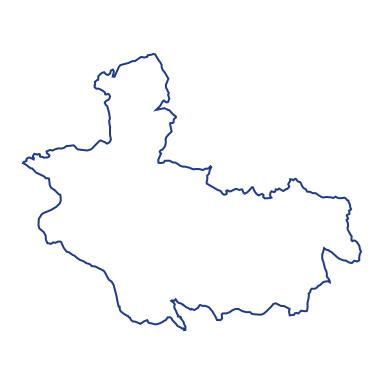 Hopang, Shan, Myanmar
{"feature_id": "60261553B42594704122339", "entity_name": "Hopang", "entity_type": "district", "adm_level": 2, "iso_a3": "MMR", "parent_name": "Myanmar", "parent_adm1": "Shan", "projection": "natural_earth1", "projection_center": [98.938, 23.1], "detail": "fine", "context": "isolated", "style": "outline", "palette": "blue", "viewbox_px": 384, "rotation_deg": 0, "n_neighbors": 0, "source": "geoboundaries", "source_scale": "gbopen_adm2", "svg_char_len": 5956}
<svg xmlns="http://www.w3.org/2000/svg" viewBox="0 0 384 384"><path d="M289.7,315.3L294.0,314.9L294.6,313.5L296.3,312.9L298.4,313.5L301.1,310.7L304.9,311.2L306.8,311.1L307.3,309.5L307.6,306.9L307.5,302.7L308.4,299.2L308.9,295.7L308.7,293.5L310.2,292.2L310.4,290.5L311.7,288.7L313.4,288.8L315.4,288.5L316.9,287.6L318.4,285.7L320.0,285.2L323.0,282.3L324.8,281.6L328.0,281.2L329.8,282.3L329.7,281.1L329.1,279.5L326.7,276.4L326.9,274.4L326.4,271.2L325.0,268.6L323.6,262.7L322.2,258.5L322.3,253.9L323.1,252.4L324.1,248.1L326.4,249.8L328.3,250.1L329.7,251.3L331.3,251.9L336.7,256.8L339.4,258.8L344.1,260.6L345.5,260.4L348.9,262.4L351.4,263.0L352.3,262.8L354.2,260.8L355.3,260.9L356.5,261.4L357.9,261.2L359.3,260.3L359.2,257.4L359.8,254.1L361.0,251.5L359.9,249.2L359.5,246.4L358.0,243.7L356.6,241.8L354.7,240.5L353.7,240.5L352.3,241.1L351.4,240.1L351.7,236.3L350.5,234.7L347.7,229.5L347.5,227.4L348.1,226.6L348.1,224.9L347.7,222.4L346.7,220.5L346.6,219.7L347.6,219.3L348.1,218.4L346.7,215.7L347.3,214.7L349.3,214.1L349.4,212.2L349.0,210.6L350.3,210.1L351.1,209.0L350.4,207.9L349.9,204.6L348.7,202.0L348.5,200.6L347.1,200.1L345.8,198.5L344.3,197.7L341.6,198.2L338.1,198.1L335.6,196.7L333.3,198.0L331.3,197.4L326.3,197.0L322.6,197.5L318.9,195.5L315.9,193.3L312.6,193.1L310.0,191.8L307.2,191.7L305.9,189.4L303.4,187.9L301.9,185.7L301.0,183.3L299.9,182.0L298.4,181.8L297.1,180.6L296.0,179.0L295.1,178.8L293.3,180.3L291.8,179.4L290.2,179.2L290.1,180.9L288.2,184.2L289.3,186.7L287.5,188.7L285.8,189.2L284.4,190.4L283.2,191.0L279.0,188.6L277.8,189.7L275.8,189.4L275.1,191.6L273.9,192.1L271.5,191.3L270.6,192.5L270.1,194.3L270.3,196.3L271.4,197.6L269.8,198.1L264.8,198.4L263.2,196.9L263.5,195.0L262.2,193.9L258.9,195.3L257.0,194.4L255.2,192.2L254.0,190.1L253.0,187.4L252.0,187.2L248.7,191.0L247.0,192.5L244.5,193.7L243.5,192.6L242.2,189.5L241.2,189.4L239.6,190.0L235.9,188.8L230.7,191.3L229.4,191.5L228.5,190.7L227.0,190.3L226.2,191.2L226.8,192.4L226.5,194.1L224.1,194.8L222.6,193.7L220.4,190.8L218.1,190.2L206.8,183.6L206.6,182.5L207.4,178.6L207.2,175.7L209.0,173.7L209.7,170.3L211.3,167.1L210.4,166.3L209.0,167.9L207.8,168.7L205.5,168.7L203.0,170.0L199.5,169.1L196.3,169.0L193.2,169.3L189.3,167.7L185.6,166.7L182.5,166.6L179.6,165.4L177.6,163.8L175.3,162.6L172.7,162.4L169.7,160.7L164.8,160.8L163.7,162.5L162.6,162.8L160.0,163.0L158.4,162.7L158.3,159.7L161.1,153.4L159.9,152.5L159.7,151.5L160.6,150.4L163.0,149.2L164.6,146.8L165.5,144.6L165.8,142.5L165.6,139.2L166.2,137.4L168.1,135.0L171.6,131.5L170.2,124.6L170.3,123.1L172.3,123.0L173.5,122.5L173.7,120.0L174.4,118.6L176.0,117.3L175.7,116.2L173.9,115.1L171.5,112.8L169.4,110.3L168.2,110.0L164.5,108.2L156.1,109.9L160.4,105.6L162.1,102.4L163.3,100.7L164.2,100.6L165.6,102.0L166.8,102.4L168.1,101.9L169.3,98.7L168.1,94.6L168.8,93.1L165.9,87.3L166.0,84.6L168.4,78.7L164.9,72.7L162.8,70.1L161.7,67.5L161.6,64.8L160.2,62.3L158.2,59.6L155.2,54.5L153.6,53.9L151.4,54.7L147.7,55.3L147.3,56.8L144.2,57.5L141.2,56.9L134.9,61.1L132.2,61.2L128.4,63.0L120.4,65.1L118.8,67.1L114.5,76.8L112.7,76.6L113.9,71.7L113.0,69.6L110.9,70.5L110.1,73.5L108.0,75.0L106.2,74.4L104.1,72.2L102.0,72.9L100.1,74.3L98.3,76.4L98.3,78.9L98.1,79.8L97.4,79.8L94.9,81.9L95.2,83.4L94.8,84.4L95.0,85.2L94.5,85.7L94.7,87.3L96.4,88.7L98.9,88.7L102.6,90.6L104.9,92.4L105.3,94.4L106.0,94.5L108.2,93.9L108.7,94.2L109.5,95.2L110.0,96.5L109.4,98.6L108.1,100.0L105.9,101.0L104.7,102.6L105.7,104.8L107.3,106.2L109.1,113.1L109.9,118.4L109.1,120.9L109.5,124.3L110.2,127.3L110.0,127.9L110.0,134.6L110.9,139.6L110.0,141.4L108.8,142.8L106.9,143.6L105.1,142.3L100.4,140.4L98.7,141.6L92.3,148.3L90.8,149.4L87.3,150.5L78.0,149.4L76.7,148.6L75.1,146.5L73.5,145.3L67.3,146.1L66.7,145.9L63.8,148.0L61.6,148.5L58.2,148.4L54.5,149.5L52.6,150.5L50.1,150.0L46.6,151.4L46.9,153.2L48.9,154.7L49.5,155.6L48.9,156.8L47.6,157.4L43.9,157.7L42.4,156.8L41.2,156.9L39.9,156.4L39.9,154.4L39.1,154.0L37.6,154.6L34.4,153.8L32.9,156.1L32.9,157.2L33.9,158.1L33.6,159.4L29.7,157.5L28.8,157.6L27.5,158.1L26.4,159.2L26.4,161.1L23.8,161.9L23.0,163.1L25.5,164.4L30.7,168.3L32.3,168.5L35.9,172.5L43.9,176.3L46.0,178.3L47.3,178.2L49.0,178.6L49.8,185.2L51.0,187.7L54.9,190.3L58.6,194.2L60.3,194.7L60.7,198.3L60.7,200.5L60.2,202.5L59.5,203.7L56.2,206.9L51.2,209.9L43.0,213.3L41.5,214.6L38.8,219.0L38.5,225.6L39.3,228.4L43.7,232.1L45.7,235.7L45.9,239.8L47.4,243.2L48.4,243.2L50.7,243.9L52.4,243.1L53.1,242.4L55.3,242.8L58.0,241.6L60.5,241.6L61.2,242.2L63.6,247.6L66.3,251.3L67.0,251.8L69.4,252.5L72.7,255.0L74.2,255.5L77.7,258.4L79.8,259.8L84.0,261.5L86.2,263.1L89.1,263.9L90.3,264.6L91.8,266.1L95.3,266.5L103.5,270.6L105.0,272.5L107.5,277.4L108.2,278.2L108.6,279.5L111.8,281.8L113.7,285.2L116.4,295.5L117.4,301.1L118.7,306.7L119.6,306.7L119.9,309.8L120.9,311.5L122.9,313.1L126.8,315.7L127.8,315.8L129.0,317.4L130.1,317.7L130.7,319.6L132.8,321.4L135.5,321.7L140.5,323.9L141.2,323.1L142.4,322.7L143.3,321.7L147.1,320.1L147.7,320.8L147.8,321.8L148.6,322.7L155.4,324.4L158.2,323.9L162.3,322.1L164.5,320.6L165.7,320.2L167.7,317.4L169.9,317.2L171.4,318.2L172.4,320.1L176.1,324.0L177.7,326.1L180.9,327.6L182.2,328.7L183.2,328.3L184.1,328.7L184.0,330.1L185.3,330.0L185.4,326.4L184.1,324.2L183.5,322.0L181.9,319.6L180.5,318.2L180.9,317.5L180.5,316.9L177.9,316.4L178.2,315.2L177.4,314.4L176.1,311.2L174.3,307.6L174.3,305.6L174.8,304.5L174.3,303.5L173.2,302.3L171.2,300.9L171.8,300.4L174.5,300.6L175.7,299.3L177.2,301.7L179.1,303.1L180.1,303.1L183.0,304.6L183.4,305.3L184.2,305.5L185.9,307.1L188.8,308.3L189.8,309.2L190.8,309.6L191.4,308.9L194.3,310.0L198.1,307.8L199.0,306.0L200.0,305.0L202.7,305.9L205.3,305.9L208.8,307.2L212.3,311.2L215.4,316.5L217.0,320.0L220.4,320.1L222.1,318.5L221.7,314.4L222.9,313.4L226.5,313.4L230.0,312.0L232.3,310.3L235.4,309.0L238.5,309.0L242.2,311.1L246.6,312.2L250.1,312.1L252.0,313.9L254.4,314.3L260.9,314.7L263.4,313.9L266.6,311.2L271.3,306.6L273.3,304.0L275.8,303.3L280.9,305.9L284.2,306.1L289.6,309.0L289.0,311.5L289.7,315.3Z" fill="none" stroke="#1e3a8a" stroke-width="2"/></svg>